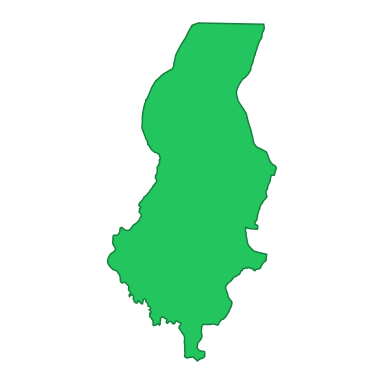 outline of Ovia South-West, Edo, Nigeria
{"feature_id": "59680162B58622494857171", "entity_name": "Ovia South-West", "entity_type": "district", "adm_level": 2, "iso_a3": "NGA", "parent_name": "Nigeria", "parent_adm1": "Edo", "projection": "natural_earth1", "projection_center": [5.256, 6.471], "detail": "fine", "context": "isolated", "style": "filled", "palette": "green", "viewbox_px": 384, "rotation_deg": 0, "n_neighbors": 0, "source": "geoboundaries", "source_scale": "gbopen_adm2", "svg_char_len": 5697}
<svg xmlns="http://www.w3.org/2000/svg" viewBox="0 0 384 384"><path d="M197.5,361.0L198.1,360.3L200.0,359.0L203.0,358.0L204.6,356.5L204.8,353.6L204.4,351.5L201.4,351.2L198.8,350.2L197.1,347.7L197.8,343.1L200.0,340.4L201.1,339.0L201.9,336.7L201.9,334.5L201.4,333.3L201.4,332.0L201.5,329.3L201.6,326.6L203.3,324.3L206.2,324.5L210.2,324.5L212.9,323.9L215.1,324.3L215.8,324.6L217.5,325.2L218.5,324.3L219.1,322.4L221.7,319.5L223.3,319.1L225.8,316.7L227.6,313.7L229.2,311.2L230.0,308.5L230.5,308.0L230.8,307.0L231.3,306.3L231.5,305.5L231.8,304.1L231.9,302.9L231.8,301.9L231.1,300.7L230.0,299.7L229.5,298.9L228.1,296.7L227.7,294.1L227.0,292.3L226.2,289.9L225.4,288.0L226.0,286.3L226.3,285.2L228.0,283.3L231.1,280.8L232.6,278.8L233.9,277.3L234.9,276.6L236.6,276.2L237.8,274.9L239.3,274.4L240.4,272.7L240.6,271.1L241.3,270.8L242.0,270.8L242.6,269.0L243.3,268.4L244.1,268.8L244.9,268.4L246.5,267.6L247.4,268.2L248.3,267.5L250.2,268.1L251.4,268.6L252.7,268.8L253.4,269.3L253.7,270.3L254.9,270.7L255.6,269.6L257.5,269.2L258.3,269.0L260.3,268.2L261.9,264.7L263.4,262.6L265.0,261.5L266.1,260.3L266.2,259.1L266.2,257.7L266.4,256.3L266.5,255.4L266.7,254.3L263.6,253.6L261.4,253.1L261.0,252.9L260.0,252.9L258.3,252.3L256.1,251.7L254.8,251.4L254.2,251.2L253.1,250.3L252.4,249.7L251.1,248.4L249.5,246.6L248.7,245.6L247.8,243.9L247.4,242.4L247.1,240.6L246.5,237.3L246.0,234.6L246.2,233.0L245.3,230.4L245.5,229.6L246.0,227.2L246.6,227.9L247.4,228.2L252.2,228.9L253.7,228.9L254.6,229.0L257.4,229.2L257.6,228.3L257.7,225.5L256.9,225.1L255.4,224.5L254.9,223.0L255.1,221.4L256.1,221.1L256.9,219.4L257.3,216.9L257.6,215.3L258.5,211.2L259.0,210.2L259.8,208.5L260.1,206.3L261.0,204.8L262.6,202.5L263.9,200.2L265.1,199.1L266.1,198.0L267.0,196.5L266.1,193.9L266.0,192.4L266.0,190.9L267.3,189.4L267.6,187.5L268.2,185.2L269.2,183.0L270.1,181.1L270.4,178.8L270.8,177.3L271.1,175.5L271.9,175.3L273.0,175.1L274.2,175.4L275.8,169.4L276.4,168.3L276.1,167.6L275.5,166.1L272.9,164.6L271.0,162.7L269.8,160.9L268.2,156.8L267.8,155.3L266.3,151.9L265.0,151.2L263.7,150.5L260.9,149.0L259.9,148.5L259.3,148.3L257.7,147.5L256.1,146.4L254.5,144.2L253.6,142.3L252.6,137.1L251.6,133.4L251.1,131.0L251.0,130.4L250.0,127.4L249.1,124.8L247.8,120.3L247.1,117.3L246.2,113.6L244.6,111.0L243.6,109.1L241.7,106.5L239.8,103.6L238.2,101.0L237.5,98.8L237.3,98.0L236.3,92.8L236.6,90.9L238.2,86.0L240.1,83.0L241.0,81.5L242.6,79.2L244.8,77.7L247.0,75.4L248.3,73.9L250.8,69.8L250.8,67.5L251.7,64.9L252.6,63.1L253.3,60.0L254.3,56.3L255.2,54.4L255.5,52.5L256.8,49.1L258.0,45.0L259.3,41.6L261.8,37.5L261.8,36.0L262.4,32.6L263.4,30.9L264.3,28.3L263.7,24.2L255.6,24.1L198.2,23.0L192.1,25.3L188.2,32.2L186.0,36.8L185.7,37.5L182.1,43.1L181.2,44.6L179.6,47.6L178.3,50.0L177.6,51.1L177.0,52.6L176.0,54.5L175.4,56.7L175.1,58.5L174.8,60.0L174.5,61.5L173.8,63.4L173.8,65.6L173.5,66.8L171.9,69.4L169.6,70.2L168.0,71.3L166.1,72.4L163.5,73.9L161.2,75.8L157.7,79.2L155.8,80.7L153.8,84.1L152.2,86.7L151.3,88.6L150.3,91.2L149.0,94.2L147.1,98.7L145.8,99.9L145.8,101.4L144.9,103.6L144.2,105.9L143.6,108.5L143.0,111.9L142.6,114.9L142.3,117.1L142.3,119.3L142.3,120.5L142.4,122.0L142.0,124.6L142.1,127.6L142.4,129.1L143.0,131.3L143.2,131.6L144.0,133.5L144.7,135.4L145.3,136.9L146.3,139.5L147.0,140.6L147.6,142.5L147.8,144.7L149.3,145.5L149.6,146.6L150.9,148.8L151.6,149.6L152.2,150.3L154.5,152.2L157.1,152.9L159.7,155.3L159.6,156.4L159.8,156.8L160.5,158.3L159.8,159.2L159.2,160.2L159.8,161.6L159.4,162.6L159.1,164.5L158.0,165.7L157.3,167.0L157.2,168.6L157.2,172.7L156.5,174.1L155.6,175.6L155.5,176.8L155.5,178.5L156.0,178.8L156.8,180.0L156.7,181.2L155.8,182.8L155.0,183.6L154.5,184.7L153.9,184.9L153.2,185.9L151.8,188.5L150.5,189.7L149.7,191.5L148.1,193.2L146.2,195.5L144.1,197.0L142.9,199.3L141.7,201.0L140.1,202.3L139.7,203.1L139.0,204.1L138.9,205.6L139.7,206.2L140.7,206.7L140.6,207.7L139.5,208.4L139.5,210.0L139.2,211.2L139.3,212.3L140.5,213.5L140.9,214.3L141.3,215.3L141.3,216.2L140.3,217.4L139.3,220.0L137.6,222.0L135.1,224.0L133.1,225.3L132.2,226.8L130.8,228.5L129.8,229.7L129.5,230.1L128.0,230.4L126.2,230.4L125.8,230.3L124.9,229.9L123.1,228.4L121.5,227.3L120.3,228.0L120.2,228.2L119.9,229.8L119.9,230.9L119.6,232.2L118.4,234.4L116.8,235.4L114.4,235.1L113.3,235.7L113.1,237.0L113.0,237.9L112.9,240.8L112.8,243.1L113.1,244.5L114.2,246.2L115.3,248.1L115.4,249.9L113.6,252.0L110.6,253.8L109.9,255.0L108.4,257.8L107.6,260.6L107.6,262.0L108.5,264.5L110.6,267.3L113.4,269.8L115.3,270.3L116.2,270.6L117.4,271.8L119.8,275.6L119.9,276.1L120.2,277.5L120.4,281.1L121.7,283.0L123.1,282.6L124.2,282.5L125.2,282.3L126.2,283.5L127.3,284.7L128.7,285.9L128.7,287.8L128.5,289.3L128.8,290.2L129.6,291.1L130.6,292.8L130.3,293.8L129.1,294.8L129.5,296.5L131.6,294.6L132.8,295.4L133.5,296.0L133.2,298.8L134.0,300.2L134.2,301.5L135.3,302.6L136.5,303.1L137.4,302.7L137.9,301.0L139.1,301.0L139.7,301.9L141.5,303.8L142.5,303.8L142.8,302.0L143.4,299.5L144.2,299.1L145.0,299.1L145.8,299.6L145.8,301.4L147.5,303.1L148.0,304.4L148.0,306.1L148.9,306.4L149.6,306.7L150.5,307.3L150.5,309.1L149.2,309.7L151.0,311.5L151.2,312.8L149.7,313.2L150.0,314.3L149.6,316.2L151.5,318.5L152.6,320.2L153.2,321.7L153.0,324.9L153.9,325.6L157.1,324.5L158.2,323.5L159.5,325.1L160.4,323.8L160.0,323.0L160.6,320.1L160.4,318.5L162.0,316.7L163.7,317.6L164.8,318.3L166.0,318.7L166.6,319.4L166.8,320.4L166.2,322.4L167.4,323.3L169.3,321.4L170.7,321.5L171.5,321.8L172.5,323.4L173.8,324.0L175.0,323.1L175.1,321.5L176.6,320.9L179.1,322.5L180.8,323.0L180.9,324.6L179.4,325.9L178.9,328.0L180.5,330.0L181.7,332.2L183.6,334.8L184.7,337.4L184.3,342.3L184.7,344.9L184.7,347.2L184.8,350.4L185.1,353.5L184.8,354.3L184.8,356.7L186.9,358.0L189.1,357.5L190.4,357.3L193.1,356.9L197.5,361.0Z" fill="#22c55e" stroke="#15803d" stroke-width="1.5"/></svg>